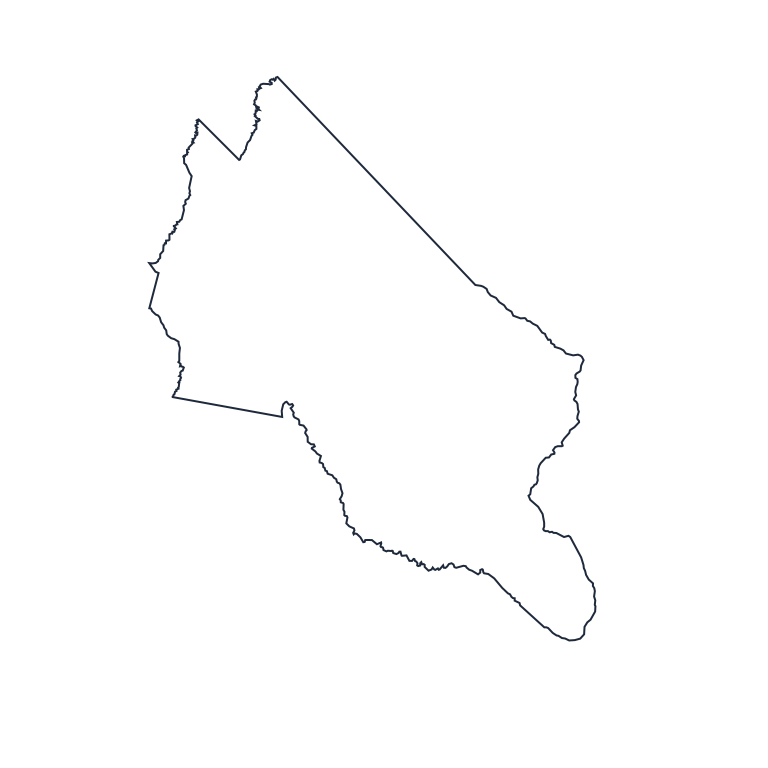 the district of Villagarzón, Putumayo, Colombia, rotated 225°
{"feature_id": "7082276B38703124782657", "entity_name": "Villagarzón", "entity_type": "district", "adm_level": 2, "iso_a3": "COL", "parent_name": "Colombia", "parent_adm1": "Putumayo", "projection": "mercator", "projection_center": [-76.667, 0.922], "detail": "fine", "context": "isolated", "style": "outline", "palette": "slate", "viewbox_px": 768, "rotation_deg": 225, "n_neighbors": 0, "source": "geoboundaries", "source_scale": "gbopen_adm2", "svg_char_len": 6142}
<svg xmlns="http://www.w3.org/2000/svg" viewBox="0 0 768 768"><g transform="rotate(225 384 384)"><path d="M702.2,440.0L702.8,438.0L702.0,438.0L702.0,439.2L701.5,439.4L701.0,438.8L701.2,436.7L699.4,436.1L700.2,433.6L699.5,433.1L697.4,433.3L697.4,432.0L695.6,431.1L695.3,428.5L694.6,428.5L693.6,429.8L692.3,428.2L692.4,427.1L693.4,426.2L691.7,424.8L691.7,423.3L692.5,421.9L691.2,421.6L691.2,420.4L689.5,420.1L690.4,419.1L689.4,418.6L689.3,413.0L688.1,412.2L688.9,410.4L687.7,409.2L686.5,409.1L686.7,408.2L685.5,407.1L686.4,405.2L685.8,404.4L686.9,403.7L686.7,402.8L685.1,402.3L681.4,398.8L678.9,399.0L671.0,395.8L667.0,395.0L660.4,384.8L657.5,383.1L656.5,381.3L654.6,380.6L654.7,379.6L653.4,376.8L654.3,373.7L653.3,372.1L651.6,371.3L651.8,368.1L648.4,365.5L643.5,357.3L644.0,355.8L643.5,354.0L645.0,352.1L643.0,350.8L643.6,350.0L643.5,348.7L644.8,346.5L644.1,347.0L641.2,346.8L641.7,345.1L640.7,344.9L639.9,343.3L640.7,342.5L640.3,341.2L641.0,341.4L640.6,340.4L641.6,338.1L637.7,334.3L637.8,333.3L639.5,331.3L637.6,329.3L638.5,328.5L637.7,327.2L638.0,326.2L634.2,321.9L634.0,317.5L631.4,314.9L631.4,312.2L630.6,311.1L631.0,308.2L633.0,305.5L635.5,303.5L625.0,301.8L621.9,303.1L603.5,271.6L602.1,272.6L599.5,271.6L594.6,271.7L592.2,272.7L589.6,272.4L585.3,270.1L581.5,269.6L579.3,268.4L575.9,267.9L573.0,265.7L571.1,265.3L566.9,265.9L563.9,267.5L559.2,268.6L557.7,267.2L553.8,265.2L550.3,260.8L545.1,255.6L544.9,254.1L542.2,254.4L540.9,252.5L540.6,253.4L539.8,253.0L538.5,253.9L537.2,254.1L535.8,251.1L536.4,250.1L536.2,248.0L534.5,246.8L534.4,244.8L533.3,245.4L531.9,244.9L531.5,243.2L530.7,242.7L530.8,240.8L529.9,240.4L530.3,239.6L529.1,239.4L527.0,236.7L527.0,235.8L526.0,235.4L526.9,233.1L525.8,232.4L526.3,230.8L524.9,228.5L525.2,227.7L524.3,225.9L524.8,224.9L432.7,288.7L437.4,292.7L440.9,298.4L440.9,301.4L440.3,302.6L436.8,302.3L435.9,302.8L434.8,304.9L433.1,304.6L432.7,303.2L432.9,300.9L427.5,299.9L426.7,298.3L425.0,297.3L423.7,297.1L419.4,298.5L417.8,297.9L415.4,295.6L414.7,295.6L411.5,297.7L406.7,297.1L406.0,296.5L406.0,295.2L405.1,293.6L400.6,292.6L397.1,289.2L393.0,289.8L390.9,291.7L388.8,290.9L389.8,287.9L389.4,287.2L384.9,287.8L382.2,287.4L377.7,288.5L375.3,284.0L374.0,283.0L372.2,284.1L370.5,284.3L368.1,282.3L366.6,282.7L364.2,281.3L362.7,282.0L360.4,280.7L356.0,282.9L353.2,282.3L350.4,282.9L348.4,281.6L347.0,281.4L345.4,282.2L343.7,282.0L340.2,279.4L336.1,277.4L334.6,274.7L333.8,271.3L332.3,271.1L330.9,269.8L328.8,270.9L327.7,270.6L323.8,266.4L321.6,265.7L319.4,263.2L318.4,263.2L316.9,264.3L315.5,263.8L312.1,258.8L307.9,258.8L303.1,260.6L301.4,259.6L300.5,256.9L299.1,256.3L299.1,257.6L297.2,258.8L292.3,258.9L286.8,257.5L286.0,258.6L286.9,260.4L286.2,261.2L282.2,265.1L275.7,265.7L274.0,269.9L273.2,269.3L271.8,266.8L270.7,266.6L269.6,267.5L268.8,267.5L266.9,266.2L263.9,267.4L263.4,268.8L260.8,271.0L260.5,271.8L259.8,272.1L257.9,271.0L255.0,272.5L254.2,274.8L254.6,276.3L253.8,277.1L250.3,275.1L249.8,275.2L246.9,278.7L241.0,276.9L239.1,278.7L239.4,281.2L238.7,281.7L236.9,280.8L235.6,281.3L233.5,280.9L232.3,279.2L231.1,279.4L230.1,281.1L231.7,283.0L231.7,284.4L229.6,283.4L228.6,284.7L227.4,284.9L225.9,283.4L220.5,283.5L219.2,286.5L219.8,288.7L217.3,288.4L216.3,288.8L215.5,291.7L214.0,291.3L213.5,292.1L214.0,297.6L211.8,296.4L210.5,297.4L210.3,299.7L210.8,302.5L209.5,305.0L207.2,305.5L204.7,304.3L203.0,305.1L199.3,311.6L197.4,313.0L195.8,312.6L192.5,312.9L189.7,314.2L182.9,315.9L182.6,318.7L184.4,320.5L183.7,322.4L182.9,322.6L180.4,321.0L179.4,320.9L175.9,323.4L168.7,324.5L156.1,323.4L148.3,323.6L146.2,324.4L143.3,323.6L141.5,323.8L140.1,324.9L138.4,323.2L133.3,325.0L131.2,323.7L98.6,325.3L97.2,326.7L95.4,327.5L88.7,327.3L84.2,328.2L82.6,329.3L78.5,330.2L76.0,332.1L71.7,333.6L68.0,337.8L65.2,342.7L65.5,348.5L70.5,354.1L71.7,359.2L71.3,363.4L73.8,372.4L77.4,376.4L78.8,376.9L81.6,380.4L85.2,382.3L88.4,386.6L90.9,388.3L93.5,388.9L95.2,390.8L100.9,390.5L106.1,391.9L109.7,394.1L112.5,395.1L115.0,397.1L122.0,400.8L144.1,407.5L146.2,407.1L148.5,403.1L156.8,400.5L158.9,398.6L160.7,398.3L162.0,396.3L164.0,395.9L165.7,394.2L167.4,393.6L168.8,394.0L169.8,396.3L172.7,399.2L179.9,404.2L188.1,406.2L198.7,405.5L202.8,407.2L202.6,409.4L206.2,414.3L205.9,417.3L206.4,419.1L205.6,420.5L205.8,421.8L207.2,424.6L209.6,426.5L211.4,429.6L214.6,432.6L216.5,436.1L217.2,438.7L217.5,446.2L215.4,448.7L215.9,452.4L214.2,455.1L215.0,456.1L217.7,456.7L218.3,460.5L217.2,462.8L214.3,465.7L214.0,466.7L217.1,468.4L218.0,472.8L218.4,480.4L219.8,482.8L218.8,488.2L219.0,494.9L220.0,495.7L222.8,496.1L224.5,498.1L226.7,502.2L228.9,503.2L233.0,506.7L235.3,507.4L237.8,507.0L239.0,507.5L240.1,511.8L243.1,513.6L246.1,517.6L247.2,520.6L248.6,522.5L250.7,524.2L253.0,523.7L255.0,525.6L255.3,527.6L254.4,531.2L254.6,532.6L257.6,536.4L259.7,542.0L263.2,543.1L265.1,543.0L267.6,541.9L270.5,538.0L276.9,534.2L280.9,534.7L284.3,533.7L289.5,531.0L291.3,532.1L294.7,531.1L296.9,532.7L298.1,532.7L299.1,531.3L303.4,532.3L305.5,533.3L308.6,532.2L316.7,533.5L321.5,531.9L324.9,531.6L327.4,530.0L330.3,530.4L331.1,530.1L333.8,527.0L340.9,523.7L345.0,525.3L350.4,523.8L354.7,524.6L360.3,523.4L365.7,524.1L371.2,522.0L375.6,522.4L378.7,523.8L382.6,523.0L384.8,522.0L389.4,518.6L676.4,525.8L677.1,524.2L675.8,522.5L675.8,521.2L677.8,521.7L677.9,520.5L678.8,520.2L679.4,518.6L678.7,516.9L676.3,517.5L675.5,516.7L676.4,515.0L677.4,514.7L681.7,510.9L682.9,508.6L682.4,506.4L680.3,506.2L680.7,505.4L681.7,505.0L680.9,504.4L680.9,503.4L681.9,502.9L680.7,501.6L681.4,500.1L678.5,498.8L677.0,497.2L677.2,496.2L676.0,495.5L675.8,494.6L676.3,494.0L675.9,492.6L674.2,491.4L673.7,489.9L671.6,490.3L669.6,489.1L670.0,490.4L668.1,491.1L667.8,490.6L668.5,489.6L666.1,489.6L667.2,488.8L666.9,486.9L667.9,486.5L666.1,484.4L666.3,483.2L664.6,482.9L664.7,482.1L660.7,482.3L659.6,483.2L658.4,482.5L658.9,480.2L659.7,480.0L659.4,479.2L660.1,479.1L657.8,477.5L658.5,475.3L656.7,476.2L654.6,474.1L654.9,472.2L653.9,469.6L654.8,467.8L653.2,467.2L653.1,465.7L651.2,461.8L651.2,458.3L649.0,453.9L647.6,452.3L647.6,450.8L646.7,449.2L646.9,448.4L646.3,446.8L646.6,444.8L644.6,441.0L644.9,440.0L702.2,440.0Z" fill="none" stroke="#1e293b" stroke-width="2"/></g></svg>